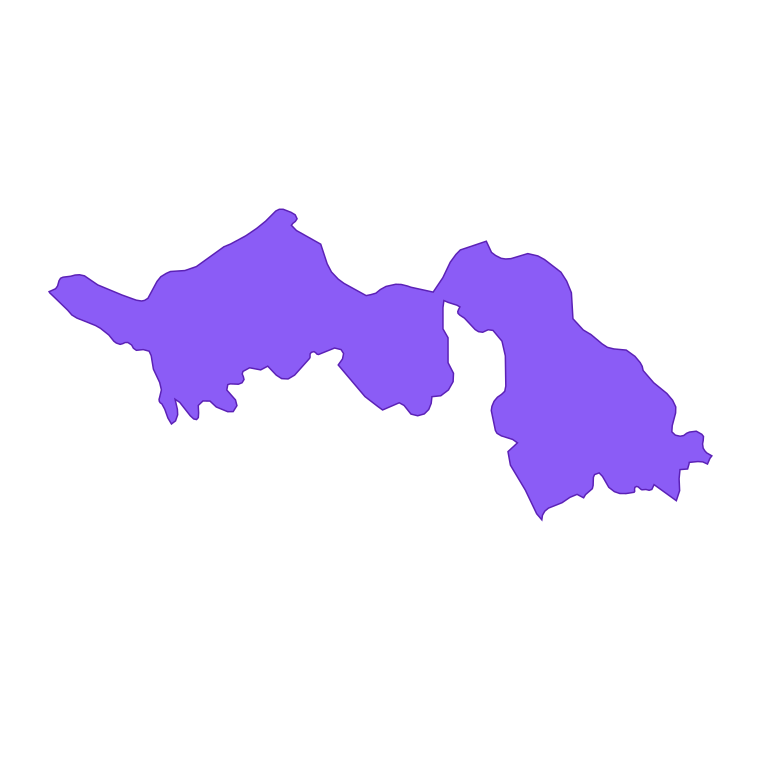 the State of Burgenland, rotated 71°
{"feature_id": "AUT-2322", "entity_name": "Burgenland", "entity_type": "State", "adm_level": 1, "iso_a3": "AUT", "parent_name": "Austria", "parent_adm1": "", "projection": "robinson", "projection_center": [16.54, 47.475], "detail": "fine", "context": "isolated", "style": "filled", "palette": "violet", "viewbox_px": 768, "rotation_deg": 71, "n_neighbors": 0, "source": "natural_earth", "source_scale": "10m", "svg_char_len": 3503}
<svg xmlns="http://www.w3.org/2000/svg" viewBox="0 0 768 768"><g transform="rotate(71 384 384)"><path d="M589.5,145.6L567.1,161.4L570.9,165.1L570.8,167.9L569.0,170.7L568.0,174.6L567.3,175.3L564.0,177.2L563.1,178.5L563.4,180.5L565.2,181.4L567.1,181.9L567.8,182.8L566.4,190.8L564.3,196.7L560.8,201.2L554.9,205.1L542.5,207.5L538.1,209.5L538.2,214.4L540.4,216.4L548.0,219.3L550.8,221.1L554.2,229.5L556.6,232.3L551.2,237.4L551.7,245.1L554.2,254.2L554.9,268.9L556.6,273.4L559.7,276.9L563.8,279.0L556.4,281.9L530.3,284.9L501.9,290.9L488.3,288.8L483.1,277.0L478.3,280.4L471.3,289.9L467.4,293.2L464.2,293.8L444.0,291.2L440.2,289.2L436.2,285.6L435.3,284.2L433.4,281.0L432.1,276.3L430.2,272.2L425.6,269.5L396.9,260.1L381.9,258.5L368.8,263.5L366.6,267.9L367.2,273.8L365.3,277.6L362.2,280.1L347.9,286.5L343.7,289.8L341.3,291.0L339.6,290.7L337.9,289.3L335.8,287.1L333.2,289.4L327.7,296.8L324.6,300.2L331.0,303.4L351.1,310.3L361.1,308.4L378.3,314.3L384.7,316.5L396.5,314.8L404.3,317.9L410.6,325.0L413.6,334.1L411.6,342.8L417.7,345.7L422.7,350.0L425.4,355.6L425.0,362.5L421.2,368.3L410.8,372.0L406.7,375.7L408.1,393.8L403.2,397.2L389.7,406.1L351.1,421.1L346.8,415.1L342.0,412.3L337.5,413.4L333.9,419.0L334.8,436.3L334.0,437.6L332.2,438.4L330.6,439.6L330.4,442.3L331.4,444.0L333.0,444.7L334.6,445.2L335.6,446.1L346.5,465.6L348.0,473.0L345.6,479.0L340.5,483.0L329.3,488.1L330.5,496.0L324.9,505.8L326.2,513.3L328.4,514.8L331.2,514.6L334.2,514.9L336.6,517.8L336.8,521.7L333.8,529.4L333.7,531.9L338.5,534.6L350.7,529.6L356.6,530.1L361.0,535.6L359.3,540.8L351.1,550.1L343.5,554.1L341.1,560.7L343.8,566.6L351.0,568.7L355.3,570.5L356.6,572.8L355.1,575.3L351.0,577.5L334.9,583.1L330.4,586.5L340.7,587.6L345.9,589.1L351.0,593.1L352.6,598.0L345.8,599.4L336.5,599.5L330.5,600.5L328.9,601.7L327.2,602.1L325.3,601.7L323.4,600.4L317.1,596.4L309.5,595.6L294.9,597.2L281.4,594.9L276.5,595.4L273.1,600.4L271.5,607.2L268.6,609.3L265.0,609.9L261.4,612.6L260.5,615.3L260.8,617.8L260.6,620.6L258.1,623.8L255.6,625.5L248.1,628.2L239.0,634.0L234.8,637.7L221.7,652.9L217.1,656.7L211.3,659.0L196.5,666.5L188.9,670.4L187.6,670.6L187.6,670.4L187.5,668.6L187.0,663.6L186.4,662.6L185.0,660.7L180.5,657.6L178.7,655.4L178.5,652.7L180.1,645.2L180.4,640.6L181.6,636.3L184.2,632.0L197.1,622.4L214.6,602.7L224.1,590.9L226.6,586.2L227.0,583.1L226.1,579.3L213.1,565.2L209.9,560.1L208.5,553.8L208.1,549.3L211.9,535.3L211.9,523.2L202.1,490.6L201.7,483.6L198.9,466.6L195.5,454.0L191.5,442.9L185.2,430.0L184.7,426.1L186.0,422.4L191.4,416.0L195.1,412.9L199.5,412.4L201.4,414.9L202.5,418.0L203.8,419.9L210.4,416.8L231.2,398.3L251.9,398.6L261.0,397.2L270.0,393.1L275.8,389.1L294.6,372.1L295.2,367.6L295.5,362.1L293.5,356.7L292.4,350.3L293.5,340.5L295.5,335.3L299.0,329.9L301.3,327.0L313.1,307.6L302.6,293.7L290.4,281.7L284.9,273.8L282.1,268.2L282.3,240.8L294.6,239.5L298.9,236.6L303.3,232.3L305.4,228.3L306.8,223.1L307.5,205.6L313.0,196.8L318.6,191.7L335.9,180.3L346.2,177.8L358.7,177.1L383.8,184.1L397.8,178.0L404.8,172.1L417.1,164.7L422.1,160.8L425.7,155.2L430.8,143.9L439.6,137.7L447.2,134.8L451.3,134.1L455.6,134.6L470.6,128.6L485.1,119.6L493.4,116.4L500.7,115.6L506.3,117.7L517.2,125.0L522.9,127.4L527.2,125.2L529.8,121.0L530.3,117.4L529.1,113.9L528.9,110.7L530.3,104.1L535.0,99.9L537.6,99.0L541.4,100.6L544.4,102.3L548.6,103.1L551.7,102.4L554.2,101.3L558.7,97.4L560.4,100.0L565.0,104.2L561.4,108.0L559.5,112.5L557.5,120.9L558.9,121.6L563.2,124.6L561.3,132.0L569.6,135.8L581.1,139.2L589.5,145.6Z" fill="#8b5cf6" stroke="#5b21b6" stroke-width="1.5"/></g></svg>